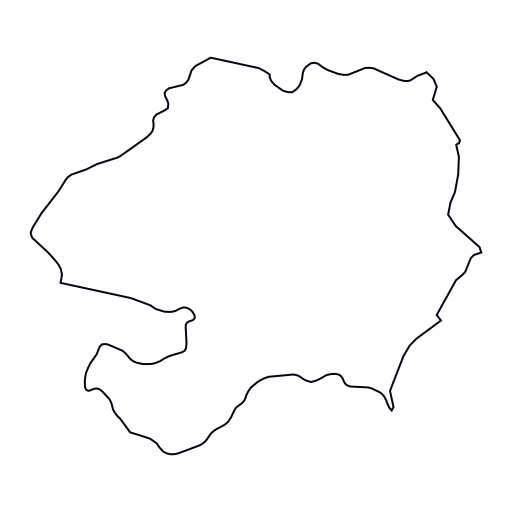 the border of Wicklow
{"feature_id": "IRL-719", "entity_name": "Wicklow", "entity_type": "County", "adm_level": 1, "iso_a3": "IRL", "parent_name": "Ireland", "parent_adm1": "", "projection": "natural_earth1", "projection_center": [-6.415, 52.953], "detail": "fine", "context": "isolated", "style": "outline", "palette": "ink", "viewbox_px": 512, "rotation_deg": 0, "n_neighbors": 0, "source": "natural_earth", "source_scale": "10m", "svg_char_len": 2864}
<svg xmlns="http://www.w3.org/2000/svg" viewBox="0 0 512 512"><path d="M426.6,72.3L426.7,72.5L433.4,78.8L436.8,86.8L432.8,99.9L440.4,108.6L460.0,140.3L459.1,143.0L458.7,143.5L458.2,143.4L456.2,144.8L458.9,156.8L458.2,174.5L455.0,191.9L450.4,202.9L448.1,214.6L455.6,225.9L479.5,247.1L481.3,252.5L473.9,255.0L470.8,258.2L465.2,271.9L462.2,275.0L456.0,280.2L436.7,315.0L441.0,320.5L416.5,338.6L409.8,345.4L403.5,356.0L390.0,390.9L393.5,407.1L391.7,410.5L389.2,407.6L387.0,402.7L386.2,400.2L383.7,395.8L382.1,394.2L380.9,393.1L379.4,392.1L371.2,388.2L367.4,387.4L350.2,386.5L346.9,385.2L345.0,383.5L343.8,381.2L342.8,378.7L341.3,376.4L339.3,374.8L335.9,373.9L331.5,374.0L326.5,375.1L319.7,379.0L315.1,381.0L310.7,382.0L305.7,380.4L302.7,378.7L300.2,376.8L297.5,375.4L293.3,374.5L268.5,376.8L263.1,378.8L257.9,381.7L250.8,387.6L248.1,391.6L246.3,395.3L245.5,398.1L244.2,400.6L242.5,402.7L240.5,404.3L238.2,405.9L236.1,407.6L234.6,409.9L230.9,417.6L228.0,421.9L226.0,423.7L223.7,425.3L216.0,429.4L213.7,431.0L211.6,432.8L209.9,434.9L206.9,439.4L205.2,441.5L202.7,443.5L199.7,445.3L178.1,453.4L174.9,454.1L171.2,454.3L167.0,453.5L163.1,451.5L159.0,446.9L156.9,443.5L150.0,438.6L130.1,432.3L120.1,418.6L117.7,416.4L115.0,412.9L113.1,409.7L111.6,403.7L109.6,399.3L102.3,391.4L99.7,389.4L97.0,388.5L94.1,388.8L89.0,390.8L86.6,390.2L85.0,387.4L84.8,380.9L85.3,376.8L86.0,373.0L88.1,367.8L90.6,362.9L96.8,354.1L98.8,348.7L100.1,346.2L102.0,344.4L105.0,344.0L108.0,344.5L122.0,350.5L124.2,352.1L126.2,354.0L129.5,358.1L131.4,359.9L133.6,361.4L136.5,362.7L143.4,364.1L150.9,364.0L154.3,363.4L159.9,361.3L164.6,358.3L170.0,355.8L182.0,352.3L184.5,350.8L185.9,348.6L186.3,345.7L186.5,342.7L185.7,327.6L185.8,324.8L187.0,322.7L189.0,321.4L191.6,320.6L193.1,319.9L194.6,318.3L194.7,315.7L192.9,312.4L191.3,310.5L189.0,308.8L186.4,307.7L183.3,307.4L178.8,309.1L175.8,310.8L172.2,311.8L168.5,311.9L164.5,311.7L155.8,309.0L150.3,305.3L130.9,298.1L60.6,282.9L62.0,274.5L60.8,269.0L58.4,264.5L55.2,260.4L48.1,252.5L32.4,238.0L31.3,235.6L30.7,233.1L31.4,230.6L32.9,227.2L41.5,213.2L58.5,191.3L65.7,179.8L67.8,177.2L71.3,174.7L86.3,169.4L96.9,164.1L117.6,157.5L120.6,155.9L146.5,137.5L150.3,133.9L152.6,130.8L153.6,126.5L153.5,123.5L153.1,120.4L154.0,117.4L156.3,114.6L165.0,110.2L167.9,108.1L168.3,103.8L167.5,100.9L165.0,95.9L164.6,93.1L166.1,90.5L169.0,88.3L183.1,84.9L186.0,82.9L188.4,79.8L191.5,70.5L194.1,67.4L195.9,65.8L210.7,57.7L258.8,68.1L264.0,70.8L269.7,74.4L269.7,77.1L271.2,80.9L274.5,84.7L283.0,90.7L288.1,92.2L292.1,92.2L294.3,90.8L296.5,89.1L298.4,87.0L299.9,84.6L302.0,79.2L302.8,73.2L303.8,69.9L306.1,66.7L311.1,63.2L314.6,62.8L317.8,63.6L323.3,67.6L328.1,70.2L337.9,73.8L343.6,74.9L348.0,74.8L365.1,68.0L369.6,67.8L373.5,68.3L398.3,79.4L403.0,80.7L406.2,81.1L409.3,80.8L411.5,79.7L417.3,75.9L426.5,72.4L426.6,72.3Z" fill="none" stroke="#020617" stroke-width="2"/></svg>